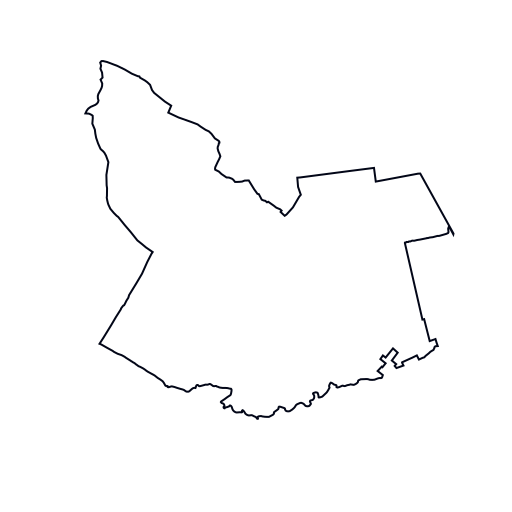 outline of Sanpetru, Brasov, Romania, rotated 282°
{"feature_id": "2599482B44201222248053", "entity_name": "Sanpetru", "entity_type": "district", "adm_level": 2, "iso_a3": "ROU", "parent_name": "Romania", "parent_adm1": "Brasov", "projection": "albers", "projection_center": [25.619, 45.713], "detail": "fine", "context": "isolated", "style": "outline", "palette": "ink", "viewbox_px": 512, "rotation_deg": 282, "n_neighbors": 0, "source": "geoboundaries", "source_scale": "gbopen_adm2", "svg_char_len": 6092}
<svg xmlns="http://www.w3.org/2000/svg" viewBox="0 0 512 512"><g transform="rotate(282 256 256)"><path d="M396.2,67.3L392.8,69.7L390.4,70.1L388.5,70.0L386.0,69.4L381.6,68.1L379.6,68.0L377.2,68.6L375.4,69.6L373.7,69.5L372.2,68.9L370.5,67.5L367.5,63.3L365.3,61.3L363.0,60.2L360.0,59.5L360.5,62.9L360.2,64.5L359.7,66.2L359.2,67.1L356.8,67.7L351.4,68.4L346.1,72.1L342.3,73.4L338.3,75.1L333.3,78.1L328.6,81.5L328.1,82.1L326.7,84.6L325.5,86.2L323.0,88.4L317.1,92.1L304.2,92.8L294.1,95.2L291.4,96.2L283.8,97.7L282.0,97.9L279.3,99.0L276.8,100.2L275.6,100.9L271.9,103.7L268.6,107.9L266.3,111.4L265.6,113.0L259.1,121.0L253.2,128.7L246.6,136.7L244.0,141.9L241.5,146.6L238.4,154.1L238.1,154.0L238.2,153.8L227.6,150.9L215.0,148.2L204.6,144.7L191.4,140.0L188.6,139.8L185.5,138.6L181.2,137.5L180.4,137.2L179.9,136.5L179.2,136.1L176.6,134.9L175.8,134.9L167.2,131.7L158.2,128.7L145.0,124.0L137.6,121.2L137.3,123.0L135.4,128.9L133.4,135.5L132.7,137.0L131.6,141.0L131.1,145.1L130.4,147.5L130.0,148.7L129.5,149.7L127.4,155.4L127.1,155.9L126.9,156.8L126.5,157.6L126.0,159.4L124.9,161.5L124.7,162.1L123.8,164.0L123.5,165.8L122.5,169.2L121.5,171.6L121.0,172.5L120.3,174.3L118.1,181.6L116.3,185.2L115.3,188.0L114.1,190.7L112.9,192.1L110.4,194.3L110.2,194.9L110.4,195.9L110.3,196.6L110.2,196.8L109.5,196.9L109.4,197.3L109.5,197.9L110.8,200.2L111.0,201.2L110.9,203.7L110.6,206.1L110.3,209.7L110.2,211.9L110.0,213.3L109.1,215.4L108.9,216.2L109.0,216.9L109.2,218.0L109.5,218.5L110.1,219.1L112.7,221.0L113.7,222.0L114.3,223.3L114.3,224.2L116.9,224.6L117.3,224.9L117.6,225.3L117.7,225.7L117.6,226.2L116.9,227.3L116.9,227.8L117.1,228.4L118.0,230.2L119.2,232.5L119.6,233.1L120.1,235.5L121.2,237.3L121.2,237.9L121.0,238.6L119.9,241.1L119.9,241.6L120.0,242.3L120.5,243.7L120.5,244.0L120.5,244.3L120.2,244.9L120.1,246.3L119.9,247.0L119.8,248.2L120.0,250.7L120.8,254.7L120.9,256.1L120.8,257.6L120.9,259.2L120.4,259.7L120.0,259.9L118.9,260.1L116.1,260.2L114.9,260.0L114.5,259.8L111.9,257.2L109.4,255.0L106.5,252.2L106.2,252.0L105.8,252.0L105.1,252.9L104.8,254.6L104.2,255.6L103.1,256.2L102.7,256.2L101.7,255.7L101.4,255.7L100.9,255.9L100.7,256.1L100.5,256.5L100.5,257.0L101.5,257.5L102.0,258.8L102.3,259.3L103.3,260.9L104.2,261.4L104.4,261.6L104.4,262.0L104.2,262.6L103.6,263.4L103.2,263.7L101.0,265.0L100.2,265.8L99.4,267.0L99.0,268.2L98.9,268.9L98.9,269.6L99.8,272.6L100.1,274.5L100.3,274.8L100.5,274.8L101.2,274.5L101.7,274.5L102.0,274.6L102.4,275.0L102.2,275.5L101.4,276.7L99.5,278.5L98.8,280.0L98.5,281.7L98.7,282.8L99.3,284.4L99.4,285.0L99.3,285.7L98.8,287.5L98.5,289.1L98.1,289.8L97.1,290.9L97.1,291.1L97.1,291.6L97.5,291.7L98.3,291.1L98.6,291.0L98.9,291.1L99.2,291.3L99.9,292.3L100.5,294.2L100.4,295.6L100.6,298.3L101.2,301.6L101.4,302.2L104.0,305.3L104.4,305.7L105.2,306.2L105.7,306.3L106.5,306.1L107.1,306.2L109.6,308.5L110.8,309.5L111.3,309.7L112.2,309.6L112.9,309.6L113.4,309.9L113.5,310.3L113.6,310.9L113.5,312.0L113.1,315.5L112.8,316.0L112.1,316.2L111.0,317.1L110.7,317.8L110.6,318.4L110.7,319.6L110.9,320.4L111.3,321.3L113.3,323.3L115.0,324.6L116.2,325.3L118.4,326.1L119.5,327.0L121.5,329.8L121.8,331.0L121.6,332.1L121.3,333.3L119.7,335.6L119.6,336.8L119.8,338.0L120.2,338.9L120.6,339.4L122.3,340.3L122.8,340.4L123.1,340.3L124.6,339.2L124.9,339.0L125.4,339.0L125.8,339.2L126.1,339.6L126.9,341.2L127.4,341.7L128.9,342.3L130.0,342.3L131.3,342.0L131.8,341.7L133.0,340.5L133.3,340.4L133.7,340.5L134.0,340.8L135.0,342.5L135.1,343.3L135.1,344.0L135.0,344.5L134.7,344.9L133.1,345.8L131.7,346.4L131.0,346.5L130.7,346.8L130.7,347.1L131.3,348.5L132.3,350.1L136.9,353.3L137.9,353.8L140.1,354.6L142.5,355.3L143.5,354.7L144.6,354.5L146.4,354.9L147.5,355.3L147.7,355.5L147.6,356.2L147.4,357.1L146.8,358.4L146.5,359.0L146.4,360.2L146.4,361.1L146.2,361.5L145.6,361.8L144.8,361.9L144.5,362.0L144.3,362.7L144.3,363.1L145.1,364.7L145.7,365.5L146.5,366.6L147.1,367.4L147.2,368.2L147.1,369.0L147.2,369.8L147.4,370.3L148.6,372.1L149.4,374.0L150.1,375.2L150.1,375.7L150.2,377.4L150.2,378.0L150.5,378.8L151.5,380.1L152.2,380.8L153.2,381.6L153.9,381.9L154.9,381.8L155.7,382.1L157.2,384.1L158.7,390.0L158.8,391.4L158.6,393.0L159.0,395.5L159.6,397.5L160.0,398.2L161.2,400.0L161.9,401.2L162.5,402.8L162.5,403.5L162.8,404.1L163.1,404.4L163.9,404.6L165.9,404.8L168.8,398.9L173.9,402.0L173.5,402.8L178.0,405.1L181.0,399.1L185.1,400.8L183.6,403.9L194.1,409.2L190.9,414.7L182.0,410.6L179.4,415.6L177.3,414.5L175.6,416.7L179.5,423.0L181.3,421.6L182.1,421.0L182.4,421.0L188.1,428.7L188.8,429.7L192.2,434.0L188.6,436.9L191.0,440.1L191.9,441.7L193.5,442.6L196.8,445.3L198.2,446.2L199.4,447.3L201.0,449.1L203.1,449.6L203.8,449.5L205.0,450.2L205.7,452.5L209.0,450.5L212.1,448.8L208.9,443.6L229.2,433.6L228.4,432.0L299.7,398.9L300.0,398.9L300.1,399.3L300.3,399.8L301.0,400.2L301.1,400.5L301.3,401.9L301.5,402.2L302.1,402.7L302.2,403.5L302.3,403.9L303.5,405.6L303.8,407.5L304.3,408.6L305.1,410.2L306.2,413.1L308.8,419.1L309.2,419.6L309.2,420.3L310.2,422.1L311.2,425.1L313.3,429.2L313.6,430.6L314.0,431.5L317.2,437.5L318.4,439.1L319.1,439.3L319.8,439.2L322.6,438.3L324.1,438.4L325.1,438.7L318.2,444.5L319.0,444.5L370.8,399.5L370.2,397.3L353.7,357.7L366.7,353.1L358.6,329.9L342.1,283.1L341.2,280.1L332.3,282.8L325.2,287.1L322.9,285.9L311.2,282.0L302.9,277.2L301.3,275.7L304.2,270.9L305.7,271.6L306.7,269.9L307.5,265.8L308.9,263.0L311.6,256.7L310.8,255.6L311.9,253.6L311.9,251.9L312.3,249.9L317.1,245.9L317.1,244.5L320.9,240.3L328.4,233.2L327.4,229.2L325.9,226.9L324.9,223.7L324.1,220.1L325.9,217.9L326.6,216.4L327.1,213.4L326.7,210.8L329.0,205.2L330.9,202.1L331.9,198.2L332.7,197.8L334.4,197.7L340.1,199.0L343.0,199.8L346.1,200.4L348.3,199.1L350.6,197.4L353.2,196.1L354.7,195.9L357.1,196.3L358.7,196.2L359.2,196.7L360.3,196.3L360.9,195.5L362.5,191.3L366.2,187.1L368.1,184.0L368.9,180.5L371.1,174.8L372.6,171.5L373.6,165.1L375.4,151.4L378.0,140.4L385.4,141.8L388.1,134.8L394.4,122.4L396.7,119.8L401.4,116.8L403.4,113.5L404.6,110.8L406.3,105.5L407.4,104.6L407.3,103.0L408.5,96.7L411.1,88.9L413.1,80.9L414.8,70.0L414.9,66.0L414.5,64.3L412.8,63.4L410.0,64.9L406.8,64.9L403.4,67.3L398.6,68.8L396.2,67.3Z" fill="none" stroke="#020617" stroke-width="2"/></g></svg>